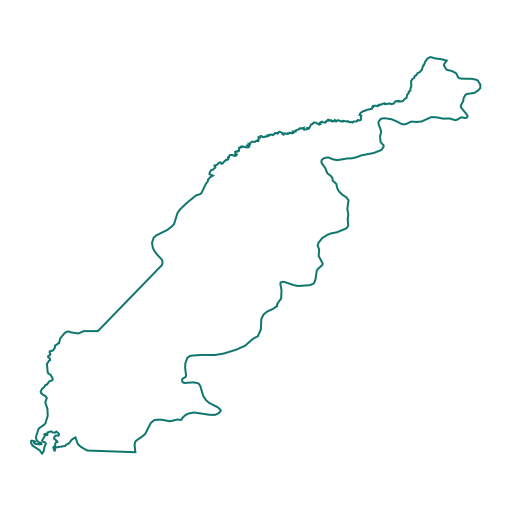 the district of Codajás, Amazonas, Brazil, rotated 92°
{"feature_id": "56859067B38130670878820", "entity_name": "Codajás", "entity_type": "district", "adm_level": 2, "iso_a3": "BRA", "parent_name": "Brazil", "parent_adm1": "Amazonas", "projection": "equal_earth", "projection_center": [-63.147, -3.128], "detail": "fine", "context": "isolated", "style": "outline", "palette": "teal", "viewbox_px": 512, "rotation_deg": 92, "n_neighbors": 0, "source": "geoboundaries", "source_scale": "gbopen_adm2", "svg_char_len": 6061}
<svg xmlns="http://www.w3.org/2000/svg" viewBox="0 0 512 512"><g transform="rotate(92 256 256)"><path d="M414.5,288.0L412.2,285.8L410.9,286.1L408.6,288.8L404.5,297.6L402.1,300.6L397.7,303.9L388.0,307.1L385.7,308.7L385.0,310.3L384.5,314.3L385.4,323.2L384.7,325.0L382.2,325.6L381.3,325.2L379.2,322.0L378.0,321.7L370.3,322.9L365.9,322.9L360.1,321.0L358.1,318.4L357.5,314.1L356.7,306.0L356.4,293.6L354.6,284.8L350.4,272.7L346.0,263.7L339.8,257.2L337.6,254.2L336.3,251.5L329.4,248.6L319.0,248.5L314.5,246.6L311.2,243.0L308.3,237.3L305.2,233.0L303.9,233.3L302.6,232.8L297.6,229.4L289.6,229.3L282.9,230.7L281.6,230.4L280.9,228.9L280.9,226.8L283.8,217.2L284.5,212.8L283.3,201.2L281.6,197.6L280.2,196.6L276.8,195.7L268.8,194.8L267.3,194.1L262.5,189.3L261.3,189.1L253.7,193.4L247.4,193.1L243.5,194.7L240.5,194.0L235.8,190.4L232.3,185.3L230.8,181.8L229.4,175.8L225.5,167.1L224.1,165.7L222.2,164.9L215.6,165.7L211.2,165.2L205.8,166.4L197.1,165.5L194.2,167.7L191.7,171.9L188.5,175.4L185.3,177.2L181.2,178.2L178.0,182.0L175.7,182.3L174.0,183.3L170.8,187.6L165.6,189.9L161.0,193.5L159.1,194.0L157.8,193.6L156.6,192.5L155.2,189.5L155.1,186.8L156.7,182.5L157.4,178.1L155.4,168.6L155.0,163.5L153.7,158.7L151.7,154.1L149.0,142.1L145.7,134.4L142.5,132.3L140.9,132.4L138.1,135.2L136.6,135.7L131.9,136.2L128.4,135.4L126.2,135.5L119.4,138.3L117.8,138.3L114.7,136.2L114.0,134.0L113.9,131.1L114.6,125.4L116.1,121.2L119.0,115.1L119.3,113.5L118.9,110.5L116.3,105.8L116.4,99.8L115.8,95.3L111.1,85.7L111.1,80.4L112.2,73.7L111.8,67.3L113.3,61.7L112.9,60.0L110.2,55.7L110.8,51.9L110.4,50.2L109.0,49.4L107.7,49.9L100.3,56.4L98.6,56.6L93.8,54.3L90.9,54.0L87.6,52.3L86.7,50.9L85.5,43.7L82.9,39.9L80.3,37.7L76.9,37.8L72.9,40.5L72.1,42.1L71.4,47.0L71.6,56.8L71.1,59.4L70.0,60.5L66.9,61.9L65.9,63.3L64.2,67.0L63.4,71.3L62.6,72.6L58.8,74.9L57.2,74.4L54.1,72.2L53.0,76.6L52.3,83.7L51.1,88.8L52.8,91.6L55.9,93.7L59.5,94.9L59.7,95.5L64.4,96.9L66.6,98.9L67.6,100.9L69.9,102.3L70.5,103.6L72.5,104.1L73.9,106.1L75.8,107.1L81.1,106.7L82.9,107.5L85.4,107.5L86.4,109.1L87.7,109.0L89.7,110.7L92.6,111.0L93.7,112.7L96.3,114.9L96.6,118.5L96.2,118.3L96.0,119.0L96.5,122.0L98.8,123.6L99.6,126.1L98.9,127.1L99.7,132.1L99.2,132.0L98.9,132.8L99.6,135.1L100.4,136.1L100.3,137.6L100.6,138.4L101.0,138.1L102.1,139.6L101.6,141.4L101.9,144.3L102.3,144.7L103.0,144.1L103.8,145.0L104.8,145.2L106.3,151.2L107.4,152.5L107.4,153.8L109.3,156.4L111.3,157.5L112.2,155.6L113.8,156.2L114.7,155.7L116.3,156.0L117.0,157.6L116.5,159.0L117.9,159.8L118.3,163.5L119.3,164.2L118.8,165.8L118.9,168.1L118.0,168.9L118.4,169.5L117.9,173.9L118.5,173.8L118.6,175.1L118.1,177.2L117.5,177.8L117.6,179.1L118.6,180.4L118.0,180.5L117.4,182.0L118.1,182.1L118.9,183.8L118.4,184.1L118.7,184.7L118.5,185.6L117.6,185.9L118.2,188.1L117.3,188.2L117.4,189.0L118.1,189.1L119.2,190.9L119.8,190.8L120.2,191.4L120.1,194.5L119.5,194.6L119.5,195.2L120.5,196.7L121.1,197.0L122.0,196.3L122.5,197.4L120.7,200.7L120.6,203.0L122.0,204.0L122.6,205.6L126.4,207.3L126.3,209.0L127.2,208.6L128.1,212.2L127.3,212.4L127.0,213.8L126.4,213.3L127.1,215.9L126.8,216.7L127.6,217.2L129.2,220.8L130.3,220.7L130.3,222.9L130.7,222.5L131.2,223.0L130.8,223.6L131.2,223.9L131.8,223.3L132.2,224.1L131.6,226.9L132.1,227.1L132.6,227.8L132.4,228.4L132.9,228.5L132.9,229.9L132.3,231.3L132.5,232.0L133.8,232.7L132.8,234.1L132.1,234.1L131.0,236.6L131.5,237.7L132.5,238.1L132.9,238.8L132.3,239.2L132.5,241.2L133.6,241.7L134.0,242.5L134.6,243.8L134.1,244.1L134.3,246.3L134.9,248.3L135.4,247.6L136.4,249.7L136.3,251.3L136.8,251.8L137.0,253.5L136.1,254.3L135.9,255.8L137.6,256.3L137.2,257.6L140.4,257.5L140.3,258.3L141.1,258.2L141.1,260.0L142.0,261.1L141.9,263.9L143.2,265.7L144.8,265.8L145.1,266.5L144.3,267.5L145.6,267.7L145.8,268.4L146.9,266.7L147.8,267.6L147.6,271.3L146.8,273.3L147.2,274.7L147.9,274.3L148.2,274.9L148.3,276.6L151.5,276.7L151.8,278.3L152.4,278.3L152.3,279.9L152.7,280.5L154.4,280.0L154.8,279.3L155.4,279.3L155.6,280.3L156.1,280.1L156.0,279.2L156.4,279.5L156.8,280.8L156.0,282.7L155.9,285.4L157.9,286.8L158.4,286.6L158.5,287.4L160.3,287.1L160.8,287.7L160.9,289.4L161.5,289.4L162.1,290.6L164.7,292.6L165.0,293.9L163.8,294.4L163.8,296.0L166.1,298.0L167.1,300.7L169.0,299.7L171.5,302.5L171.9,304.1L174.6,305.3L175.9,305.3L177.2,301.9L179.0,304.7L181.5,306.7L183.0,306.7L185.6,308.6L194.9,312.7L196.1,313.9L197.3,317.4L198.5,319.2L206.4,328.1L212.3,333.7L215.9,336.0L226.6,338.9L228.9,340.6L233.0,345.5L238.9,356.4L241.3,358.9L246.5,360.4L250.9,359.5L253.5,358.4L257.5,355.4L263.0,349.9L265.4,349.2L268.1,349.5L336.6,411.4L337.1,425.5L339.6,430.8L338.8,438.2L338.1,439.8L338.1,441.7L338.7,443.2L339.9,444.7L345.1,448.8L350.1,449.8L350.1,450.8L351.5,451.8L352.5,453.8L354.8,453.8L357.6,455.8L358.5,458.8L360.1,458.8L361.3,458.0L362.0,458.3L363.5,460.3L364.3,460.2L365.9,458.3L367.2,458.1L368.0,459.3L371.3,461.2L379.5,460.1L380.5,459.6L382.0,457.1L385.3,455.0L386.6,454.9L387.2,455.2L388.7,458.4L391.9,460.5L392.1,461.9L394.4,463.1L396.3,465.2L399.2,466.5L400.4,466.1L402.3,463.8L403.2,461.6L405.1,460.1L409.5,461.5L416.2,459.1L422.9,458.6L430.5,460.6L431.8,461.6L436.0,467.1L442.8,469.2L445.7,469.5L448.1,468.5L449.7,466.9L450.2,464.3L451.5,463.9L451.9,465.5L451.3,470.6L450.1,471.4L449.1,470.4L448.3,473.7L448.7,474.3L450.9,474.2L453.5,472.5L457.6,465.6L460.9,462.9L458.6,461.4L454.4,460.8L451.1,459.5L449.7,460.0L449.2,462.3L447.9,463.3L442.9,460.6L441.7,461.3L441.1,460.6L441.0,459.8L442.1,459.2L442.1,458.3L439.6,458.1L438.4,454.7L439.4,453.1L439.6,450.8L438.4,449.4L440.5,446.8L441.3,446.6L442.4,447.1L442.4,449.8L443.6,451.0L445.5,451.5L448.3,448.0L448.8,448.0L449.0,449.2L450.4,450.1L453.2,450.1L453.2,450.9L454.3,451.9L457.3,450.9L457.5,450.3L454.4,449.8L452.5,440.1L451.4,439.4L449.7,436.2L445.9,433.7L443.6,430.1L450.2,427.5L452.9,424.3L456.3,417.9L456.3,369.7L448.7,370.8L446.0,370.2L444.8,369.4L439.6,362.5L437.4,360.4L426.5,355.3L423.9,352.4L423.2,350.6L422.9,344.7L424.2,336.2L422.2,329.0L422.4,325.0L419.7,323.3L417.4,320.9L415.8,317.8L414.9,314.1L414.6,312.0L416.3,297.0L416.3,293.0L416.0,290.9L414.5,288.0Z" fill="none" stroke="#0f766e" stroke-width="2"/></g></svg>